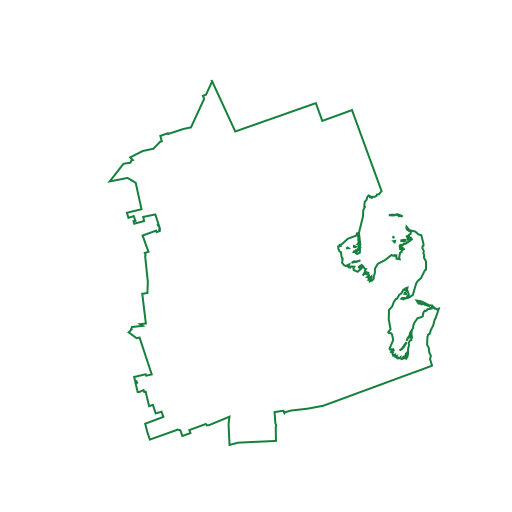 outline of Felipe Carrillo Puerto, Quintana Roo, Mexico, rotated 340°
{"feature_id": "50627088B38743512142751", "entity_name": "Felipe Carrillo Puerto", "entity_type": "district", "adm_level": 2, "iso_a3": "MEX", "parent_name": "Mexico", "parent_adm1": "Quintana Roo", "projection": "orthographic", "projection_center": [-87.619, 19.738], "detail": "fine", "context": "isolated", "style": "outline", "palette": "green", "viewbox_px": 512, "rotation_deg": 340, "n_neighbors": 0, "source": "geoboundaries", "source_scale": "gbopen_adm2", "svg_char_len": 6173}
<svg xmlns="http://www.w3.org/2000/svg" viewBox="0 0 512 512"><g transform="rotate(340 256 256)"><path d="M274.4,75.4L274.4,77.0L264.2,87.3L260.9,87.3L261.0,90.6L238.9,112.9L231.3,111.8L215.1,111.3L215.1,110.5L207.2,110.4L206.7,116.0L205.1,115.8L196.3,120.1L185.6,118.6L171.5,120.3L173.0,123.7L171.5,123.6L170.0,125.4L163.0,124.0L144.0,135.9L162.0,138.7L168.0,146.1L164.4,172.9L149.5,171.2L149.2,176.5L154.8,176.7L154.7,181.8L152.8,181.4L152.6,184.0L162.8,184.9L163.4,180.7L175.6,182.5L175.2,192.9L174.4,193.0L174.6,194.6L175.2,194.5L175.0,197.9L174.1,197.9L174.1,199.6L170.8,199.6L170.8,198.0L156.4,198.0L156.4,215.3L152.5,215.1L152.6,217.3L151.8,218.2L145.5,243.3L141.3,253.6L136.2,252.6L129.4,281.8L123.8,280.4L125.7,282.9L115.2,280.3L113.6,282.0L113.9,282.5L110.2,284.2L115.7,292.4L118.7,292.8L117.5,331.6L111.9,330.9L111.9,329.4L100.1,328.0L99.6,332.9L100.8,332.8L100.9,334.5L99.3,334.5L98.3,343.3L99.7,343.9L104.5,343.5L104.5,345.6L105.9,345.8L104.2,360.6L108.2,360.6L107.9,369.6L114.0,370.0L113.9,375.5L94.5,375.7L93.6,384.8L93.5,392.2L123.1,392.4L125.3,393.9L125.2,399.9L133.8,400.0L133.8,396.8L151.4,396.7L151.9,398.4L154.1,398.9L176.1,397.9L172.7,404.6L166.5,424.5L175.4,425.3L211.5,436.6L216.0,423.6L217.1,422.1L217.0,419.8L220.1,409.0L228.9,410.8L228.9,413.4L230.1,412.8L236.0,413.2L252.2,417.1L267.7,419.7L383.9,419.3L384.3,412.2L386.2,409.7L385.8,406.3L386.9,401.5L386.4,397.9L389.4,390.7L391.2,388.5L392.6,388.6L395.1,385.2L398.7,382.0L402.4,376.5L403.4,376.0L409.8,368.0L407.7,368.0L405.3,364.7L403.6,364.7L403.1,365.4L402.1,364.6L401.3,365.3L398.8,364.6L398.0,365.4L396.7,365.8L396.0,365.1L393.9,366.3L392.4,369.3L390.6,370.0L386.6,369.7L382.3,372.6L379.8,375.4L379.1,377.3L374.6,380.8L372.9,383.4L370.2,385.2L368.4,387.3L370.1,385.6L372.9,384.6L373.5,383.4L374.1,383.5L374.0,382.2L374.9,381.1L376.9,379.5L375.6,381.7L374.7,385.9L374.1,385.6L373.1,388.2L371.7,388.0L369.7,390.0L369.3,392.0L366.9,395.8L365.4,400.1L364.6,401.0L364.3,400.5L363.0,401.0L364.0,402.2L362.0,403.9L361.3,403.3L361.9,402.7L361.7,402.5L357.7,402.8L356.8,401.5L357.2,400.5L355.3,401.1L354.9,400.2L353.8,400.5L353.0,398.8L353.6,399.0L354.2,398.1L352.3,398.2L351.9,397.9L352.9,396.2L350.8,396.4L351.0,394.3L352.3,392.8L351.5,393.1L350.7,392.4L350.6,393.0L350.0,392.5L350.7,391.7L353.1,391.7L353.1,390.5L349.9,389.7L349.8,388.7L356.2,381.9L357.0,376.2L356.5,374.8L354.4,373.8L354.2,372.8L357.4,370.8L359.0,361.2L362.5,352.2L366.7,350.0L369.6,346.5L372.5,344.3L374.2,344.2L377.3,341.5L380.0,340.7L382.9,338.1L383.4,338.6L385.2,337.6L387.5,337.5L385.9,339.9L385.4,339.8L384.4,340.3L386.5,340.3L386.4,344.4L385.7,345.8L384.7,345.3L383.0,347.1L380.2,345.9L380.2,346.8L385.0,347.4L390.0,346.3L397.2,336.5L399.6,334.7L403.4,333.3L409.9,327.1L411.1,327.0L413.9,319.2L413.2,314.9L414.4,312.6L414.2,310.7L415.4,308.7L415.0,305.5L416.1,303.6L416.9,303.6L417.5,302.0L418.5,292.9L416.2,291.5L414.0,287.5L408.9,284.1L407.5,279.9L406.8,281.2L407.1,283.0L407.5,283.6L407.8,282.6L409.8,286.5L408.6,288.2L407.1,288.3L405.6,290.6L406.6,290.3L406.8,292.3L407.8,291.9L408.2,293.6L403.5,295.1L402.6,294.7L402.1,295.4L400.7,295.7L398.7,295.1L397.4,296.2L396.0,295.0L395.0,295.1L394.4,296.0L395.7,297.6L394.1,297.3L393.8,298.7L398.1,300.2L395.6,300.3L394.5,300.9L394.3,302.0L392.5,302.2L389.9,306.6L389.9,308.2L387.1,306.6L388.4,302.5L387.5,303.7L386.8,303.7L386.3,302.6L385.0,302.7L383.7,301.4L375.8,304.0L367.8,305.0L363.4,308.6L362.0,312.5L359.7,315.4L358.9,317.5L356.7,318.8L355.7,318.7L355.9,317.8L354.2,318.6L354.4,317.3L353.6,316.9L355.6,315.4L354.3,315.5L354.3,314.6L353.3,313.8L355.5,313.3L355.6,311.1L354.0,311.3L352.5,309.7L349.7,310.8L352.1,308.9L354.2,309.0L353.1,308.2L353.1,307.4L354.8,305.9L354.1,305.5L352.3,300.6L349.3,301.2L348.3,302.6L351.0,301.3L352.5,302.1L351.2,303.6L346.1,305.6L343.0,302.6L343.4,300.8L344.7,299.6L341.7,298.4L340.7,299.1L339.5,298.7L339.0,297.4L337.9,296.7L339.8,297.1L340.8,295.8L337.0,296.1L335.8,295.1L334.5,291.7L336.1,289.2L335.9,288.1L336.5,287.8L336.1,286.0L337.1,281.5L336.0,280.1L335.9,277.6L336.5,275.1L338.8,275.5L338.6,274.3L340.4,274.4L348.2,271.2L357.4,271.1L358.7,269.2L359.2,269.3L358.4,271.5L358.8,272.6L357.4,276.6L357.5,277.8L356.4,279.0L357.3,280.2L355.7,280.0L356.9,281.5L356.1,281.8L356.8,281.9L356.7,282.7L354.7,282.4L356.4,283.5L355.2,283.9L355.7,284.2L354.6,285.0L352.1,284.7L351.6,284.9L354.3,285.3L353.4,285.8L351.1,286.0L349.7,285.2L349.2,285.6L352.5,286.9L350.6,286.9L351.7,288.7L354.7,288.4L358.2,279.7L360.7,269.4L369.8,255.8L372.7,249.3L375.1,247.2L374.6,246.7L376.6,242.4L379.2,240.9L380.8,238.6L382.6,237.6L383.4,238.5L383.2,239.8L384.9,241.0L385.5,240.6L385.2,240.0L388.0,241.0L389.8,240.7L390.8,239.6L392.5,240.1L396.2,238.0L396.1,151.7L364.5,151.7L364.5,132.8L279.1,131.9L274.4,75.4ZM397.6,358.2L397.6,359.2L401.4,362.2L401.6,361.2L396.0,355.3L391.7,352.8L392.5,356.4L394.0,356.8L393.8,356.1L394.7,356.1L394.9,358.1L397.6,358.2ZM394.8,263.2L399.6,265.1L401.2,265.0L396.8,263.3L394.8,263.2ZM358.5,393.8L361.2,393.4L363.6,392.2L366.6,389.9L367.8,388.4L361.4,393.0L358.5,393.8ZM343.5,295.2L346.7,295.2L347.9,295.9L352.7,295.8L348.9,295.7L345.9,294.5L343.5,295.2ZM397.9,291.0L397.7,291.7L399.9,292.3L400.2,291.8L400.0,292.9L400.8,293.2L401.5,292.6L401.6,291.9L400.4,291.3L397.9,291.0ZM351.2,281.1L352.6,281.7L353.2,281.4L351.5,280.1L351.2,281.1ZM345.1,279.5L343.3,279.7L345.6,280.3L345.1,279.5ZM380.0,345.9L378.6,345.6L378.0,345.9L379.6,347.0L380.0,345.9ZM401.6,265.0L403.3,266.3L404.2,266.2L403.3,265.1L401.6,265.0ZM383.1,341.5L382.5,342.4L384.0,343.0L384.0,341.9L383.1,341.5ZM391.8,289.4L390.4,289.1L390.9,289.9L390.4,291.3L391.8,289.4ZM364.3,398.7L363.3,399.2L363.0,399.7L364.3,400.2L364.3,398.7ZM405.1,267.7L406.6,268.6L406.8,268.4L406.1,267.4L405.1,267.7ZM361.6,401.3L360.1,401.0L359.7,401.4L361.4,401.9L361.6,401.3ZM404.9,291.6L404.4,292.3L403.0,292.3L405.5,292.8L404.9,291.6ZM403.5,362.3L404.8,364.5L404.8,362.9L403.5,362.3ZM404.1,266.4L404.0,267.5L405.1,267.8L404.8,266.6L404.1,266.4ZM357.4,314.7L357.2,314.8L356.1,316.4L357.1,315.9L357.4,314.7ZM392.5,284.9L391.5,285.0L391.1,286.4L391.9,285.2L392.5,284.9ZM404.9,289.0L404.4,289.1L404.6,290.7L405.2,291.1L404.9,289.0Z" fill="none" stroke="#15803d" stroke-width="2"/></g></svg>